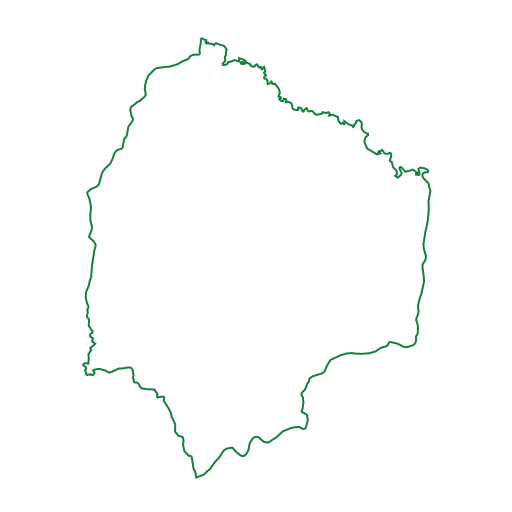 Saen Monourom, Môndól Kiri, Cambodia (Robinson projection), rotated 178°
{"feature_id": "14789045B8861726414707", "entity_name": "Saen Monourom", "entity_type": "district", "adm_level": 2, "iso_a3": "KHM", "parent_name": "Cambodia", "parent_adm1": "Môndól Kiri", "projection": "robinson", "projection_center": [107.168, 12.508], "detail": "fine", "context": "isolated", "style": "outline", "palette": "green", "viewbox_px": 512, "rotation_deg": 178, "n_neighbors": 0, "source": "geoboundaries", "source_scale": "gbopen_adm2", "svg_char_len": 6053}
<svg xmlns="http://www.w3.org/2000/svg" viewBox="0 0 512 512"><g transform="rotate(178 256 256)"><path d="M84.2,337.6L88.7,338.7L90.7,337.1L89.6,332.7L90.1,331.4L93.1,331.6L93.2,332.5L91.8,333.4L95.4,336.3L96.5,336.9L99.5,335.8L103.9,335.0L107.3,339.3L108.4,339.9L109.3,339.6L109.6,338.5L107.6,333.9L108.0,332.3L111.5,329.4L114.0,331.2L112.3,332.6L112.6,336.7L115.6,339.5L116.0,340.3L117.0,345.1L118.6,346.1L119.0,346.9L117.5,350.4L117.3,353.1L118.3,354.5L120.6,353.7L122.1,353.5L123.6,353.9L124.5,354.7L125.1,356.2L126.4,357.6L127.8,356.3L129.3,356.6L130.1,355.4L128.3,354.2L131.4,353.3L141.1,359.5L143.7,365.9L143.3,368.3L142.4,370.9L139.8,372.8L139.8,374.3L141.2,374.6L144.0,376.7L145.7,378.9L146.0,381.0L145.6,384.6L146.1,386.2L148.4,388.3L151.2,387.2L151.5,385.5L152.9,384.2L153.6,382.2L154.3,381.4L154.9,381.9L155.3,383.1L158.9,384.4L163.0,387.7L162.9,386.1L163.3,383.9L163.8,385.4L164.5,386.1L166.2,385.1L167.1,385.6L169.1,388.9L169.1,391.9L175.1,394.7L176.1,394.1L178.0,393.8L177.4,395.6L178.5,397.2L180.9,396.5L184.4,397.4L184.8,396.0L190.7,395.0L192.1,395.8L194.3,398.6L195.2,399.0L198.6,398.7L199.6,400.2L200.1,402.0L202.4,400.8L203.3,399.0L204.0,398.6L204.6,399.2L205.1,400.2L205.1,401.1L206.1,402.3L207.9,402.9L208.9,402.5L208.6,401.3L208.7,400.5L210.3,400.4L212.9,401.0L213.9,401.8L214.4,402.7L214.7,405.6L215.3,407.3L217.8,408.9L219.0,409.0L220.8,408.6L220.3,410.6L220.5,411.7L222.5,412.1L223.1,411.2L223.4,409.9L224.7,409.9L226.8,411.2L227.2,412.6L225.5,413.0L226.1,414.1L227.9,415.0L226.8,417.2L226.5,418.8L227.5,422.6L231.1,427.6L232.7,427.1L233.7,427.5L233.7,428.6L234.6,429.8L236.4,427.9L238.2,427.4L238.5,428.7L238.5,431.2L240.1,432.9L241.3,433.0L241.8,433.9L241.3,435.0L240.0,435.7L239.8,436.5L241.6,438.6L240.2,440.3L241.3,444.7L242.1,444.3L243.3,442.4L244.2,442.9L244.3,444.2L244.9,444.9L246.0,444.2L246.7,445.1L247.7,445.7L247.9,447.2L248.7,447.5L250.0,446.7L250.9,445.3L253.1,445.5L254.6,446.4L255.2,448.0L258.5,449.6L260.3,448.7L261.8,448.3L264.5,448.8L264.6,449.9L263.9,450.3L262.7,450.4L261.2,449.5L259.7,451.1L261.1,452.5L266.0,454.3L266.0,452.3L266.5,451.1L267.4,451.3L269.3,452.3L270.8,452.5L273.3,451.4L277.0,450.7L277.9,449.0L279.6,448.2L281.5,448.0L282.5,448.2L282.6,449.4L279.9,452.0L280.2,455.3L279.9,456.6L279.2,457.4L278.8,458.6L278.9,461.3L278.3,462.2L278.3,463.7L280.1,466.6L281.8,467.5L287.0,469.2L288.3,470.1L290.0,469.3L290.5,468.1L292.6,469.5L295.8,470.0L296.7,471.2L298.0,470.0L299.1,471.1L298.2,473.4L299.6,473.7L301.7,475.2L303.0,475.3L303.4,474.3L303.8,470.4L305.1,465.1L305.3,462.3L305.0,461.0L305.3,459.8L306.3,459.2L308.4,459.4L312.2,459.2L314.6,458.1L316.9,455.2L323.0,453.0L327.4,450.5L336.2,448.1L339.4,448.2L348.9,447.2L351.1,445.9L357.3,440.0L359.5,435.1L360.8,430.8L361.3,427.0L360.6,422.1L360.8,420.3L362.8,418.1L365.1,416.5L365.7,415.5L369.0,414.2L372.9,411.1L375.0,409.8L375.9,408.8L376.3,407.9L376.5,405.8L375.5,400.2L374.3,397.8L374.3,396.4L375.0,394.8L378.9,390.0L381.0,380.7L383.8,377.0L385.5,368.8L387.2,367.7L390.7,366.8L392.1,365.8L392.9,364.9L394.1,363.1L396.3,357.4L398.5,353.3L403.5,348.9L406.0,346.0L407.2,343.7L410.4,333.3L412.4,331.1L418.2,328.8L422.0,325.9L422.6,324.6L420.5,319.0L419.5,313.3L419.2,309.5L420.1,304.3L420.3,297.4L419.0,291.7L419.1,289.0L419.7,286.8L422.0,281.8L422.1,280.7L417.6,276.2L416.3,273.8L415.9,272.0L417.4,266.9L420.3,251.9L421.4,241.0L422.7,238.0L424.2,232.0L427.0,226.1L427.4,223.7L427.6,219.9L426.7,215.4L425.2,211.3L425.5,209.8L426.3,208.6L426.5,207.6L426.2,206.7L426.2,205.0L427.0,202.5L426.9,201.0L425.0,198.2L425.6,192.0L423.8,189.5L423.1,187.8L421.8,186.5L422.5,184.9L424.1,183.9L424.7,182.7L424.4,181.2L421.7,179.3L422.9,177.0L422.5,176.1L419.8,173.9L421.4,172.4L424.6,170.2L424.7,169.4L424.0,167.5L425.4,166.1L425.9,164.9L426.7,164.1L426.9,162.7L426.6,159.8L427.4,154.3L430.0,154.9L431.7,154.4L432.6,153.5L432.2,152.6L430.5,151.3L429.8,150.2L429.8,149.0L430.9,147.8L429.8,145.1L429.7,143.3L428.9,142.8L427.7,143.5L426.9,143.5L426.0,143.1L425.1,143.5L423.8,142.6L422.6,143.1L421.7,144.2L421.5,145.2L422.7,147.2L422.0,147.8L418.3,148.6L416.5,148.6L410.4,146.7L406.6,144.5L404.0,145.3L397.8,148.0L396.2,148.4L393.6,148.2L387.9,149.1L385.2,148.8L384.1,147.9L383.1,145.9L383.0,142.5L382.5,140.9L383.4,138.5L382.4,136.8L382.6,134.8L381.6,133.9L379.1,133.6L378.1,132.6L375.8,128.6L374.7,127.6L368.8,126.6L362.3,126.2L359.4,121.5L359.4,120.6L359.9,118.9L359.3,118.1L354.8,118.8L353.6,118.5L352.7,117.9L353.2,114.5L348.9,107.2L346.2,101.4L346.1,98.7L342.6,90.6L343.0,83.3L340.0,79.2L335.6,77.6L334.8,74.4L335.5,69.8L334.5,63.7L330.3,58.7L329.1,58.7L327.7,58.0L327.2,57.1L325.8,45.1L324.2,42.6L323.5,36.7L315.8,39.3L312.0,42.8L309.4,44.6L303.9,51.9L300.3,55.4L298.1,58.1L296.5,60.9L295.0,62.7L292.3,64.4L287.3,65.3L286.3,65.2L282.3,60.6L278.3,57.2L276.7,56.6L275.2,56.5L273.2,57.9L272.3,58.9L270.2,62.7L269.0,68.4L268.4,69.8L266.0,73.3L264.7,74.6L262.7,75.2L260.9,75.2L260.1,74.9L254.6,70.0L250.8,69.1L248.1,70.2L245.5,72.1L242.1,73.9L235.2,79.9L231.0,81.3L227.5,82.8L223.2,83.5L219.3,83.6L218.2,83.4L215.6,81.6L214.2,81.6L212.7,82.0L212.1,83.1L210.1,89.5L210.2,92.4L210.5,95.2L211.7,96.4L215.5,98.4L215.8,99.5L214.8,101.8L213.7,107.6L214.0,111.2L213.9,112.6L215.5,116.0L215.0,117.7L211.8,120.7L210.4,123.4L209.6,126.0L207.5,128.9L207.2,130.5L206.4,132.1L203.2,133.9L193.7,136.5L192.6,137.2L191.5,138.2L188.9,143.9L185.2,149.5L175.6,153.6L169.5,155.3L164.0,155.7L160.8,155.1L154.0,154.5L145.7,154.9L139.6,156.6L134.5,159.9L128.5,161.3L127.6,162.3L126.1,165.0L124.7,165.4L117.8,163.5L111.3,160.0L109.1,159.6L107.3,159.8L102.0,161.4L100.6,162.6L99.6,163.9L98.9,166.1L98.9,170.1L97.4,172.1L97.0,173.4L96.6,179.3L97.0,182.7L98.2,186.4L97.6,188.7L96.1,192.3L95.6,194.2L95.5,195.8L95.9,200.0L94.7,205.4L91.9,213.0L88.9,224.8L89.1,230.2L90.0,238.8L89.9,241.6L86.7,246.4L86.2,250.1L88.0,257.2L88.3,261.5L85.8,274.8L84.9,277.5L82.9,286.6L81.7,296.3L81.7,304.8L79.4,315.0L80.5,318.5L81.2,323.0L83.3,324.9L86.4,328.6L87.0,330.9L86.4,332.6L84.1,333.8L81.8,333.6L81.0,334.4L81.2,335.6L82.1,336.5L84.2,337.6Z" fill="none" stroke="#15803d" stroke-width="2"/></g></svg>